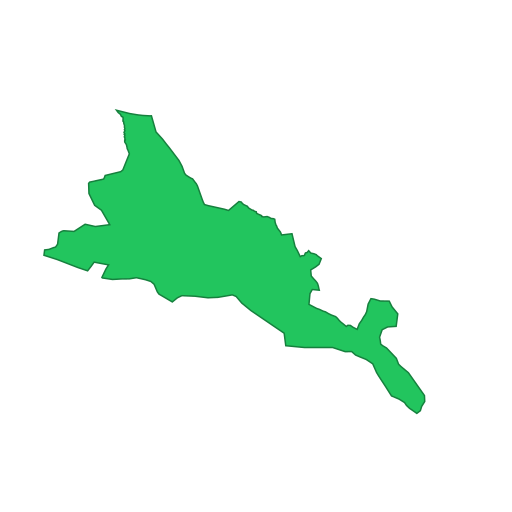 Rimi, Katsina, Nigeria (Equal Earth projection), rotated 107°
{"feature_id": "59680162B87154562016330", "entity_name": "Rimi", "entity_type": "district", "adm_level": 2, "iso_a3": "NGA", "parent_name": "Nigeria", "parent_adm1": "Katsina", "projection": "equal_earth", "projection_center": [7.703, 12.89], "detail": "fine", "context": "isolated", "style": "filled", "palette": "green", "viewbox_px": 512, "rotation_deg": 107, "n_neighbors": 0, "source": "geoboundaries", "source_scale": "gbopen_adm2", "svg_char_len": 3263}
<svg xmlns="http://www.w3.org/2000/svg" viewBox="0 0 512 512"><g transform="rotate(107 256 256)"><path d="M157.4,432.0L159.1,429.7L160.2,427.0L161.7,425.7L162.0,425.0L161.9,424.4L162.2,423.8L163.4,423.3L164.6,423.0L165.0,422.7L165.8,422.8L166.5,421.7L167.2,421.5L168.2,421.0L169.6,419.9L170.5,419.7L171.5,419.4L172.3,418.7L173.1,418.6L173.7,418.8L174.6,417.9L175.3,418.1L176.3,418.4L177.0,417.9L177.4,417.2L177.9,417.1L178.3,417.5L179.1,416.6L180.2,416.6L180.6,416.8L181.0,416.3L181.3,415.8L182.1,415.7L182.6,415.7L183.1,415.0L183.8,415.3L184.1,415.0L184.5,415.2L185.4,414.8L187.4,412.5L188.8,411.7L190.0,411.0L191.1,410.5L192.3,409.3L195.3,407.0L212.7,408.5L214.9,410.0L223.1,423.8L225.2,423.9L227.0,424.2L234.0,436.7L235.5,437.3L245.1,434.0L254.7,425.1L257.4,417.2L268.8,405.0L274.8,418.3L275.6,428.7L285.7,437.2L288.0,447.0L288.4,447.9L289.5,449.3L291.6,451.1L302.7,449.2L306.1,450.3L307.2,452.1L310.2,455.9L312.0,459.9L317.3,459.0L317.5,444.9L319.1,423.1L319.4,412.7L314.2,410.7L309.2,409.0L307.6,394.4L312.3,395.7L321.6,397.1L321.9,396.5L320.4,386.4L317.3,378.0L314.9,370.5L311.7,364.0L311.0,354.7L311.1,349.1L312.8,345.2L319.1,339.9L320.8,337.7L324.4,322.6L318.9,318.9L315.6,315.3L312.3,302.6L310.0,289.7L308.6,285.8L306.7,280.4L302.8,272.6L300.1,267.3L300.5,263.1L305.2,255.8L309.7,244.8L318.9,215.2L321.6,206.5L333.1,201.3L329.3,182.7L327.9,178.2L321.1,156.0L321.4,142.7L319.4,136.6L321.6,131.8L322.1,127.3L322.7,120.4L325.0,112.8L332.2,106.6L334.7,103.8L337.4,100.6L342.8,94.1L350.2,85.5L351.0,77.5L352.7,71.1L354.9,68.4L356.8,64.6L358.2,60.1L359.5,56.2L355.9,53.6L351.4,53.6L345.8,52.1L340.2,54.1L323.1,76.1L319.3,85.1L317.8,88.0L312.8,91.9L305.8,104.3L304.8,108.5L303.8,111.0L301.3,112.1L299.7,112.9L297.5,114.1L289.6,113.8L285.3,109.3L282.3,101.4L269.9,103.5L264.8,111.1L260.2,115.4L262.7,124.0L262.7,130.2L263.0,132.5L263.2,133.6L269.2,134.7L276.8,133.9L279.9,134.3L283.1,135.3L286.7,136.1L290.6,137.4L296.6,137.8L295.8,142.4L294.8,145.4L295.4,147.9L297.0,149.1L295.4,152.9L294.4,155.5L293.2,157.8L292.7,158.5L291.6,160.2L290.7,162.1L290.4,166.7L289.9,169.9L289.1,173.2L289.1,175.8L288.5,179.7L288.4,182.7L286.8,191.2L276.2,193.4L271.6,192.4L270.2,185.5L268.9,186.3L266.7,187.5L265.5,188.3L264.6,188.9L263.8,189.7L263.1,190.7L262.2,192.0L261.2,193.8L259.0,197.3L254.2,199.3L253.3,199.6L249.0,195.8L245.5,193.3L239.4,192.8L237.7,197.8L237.1,198.7L237.0,200.3L236.9,201.2L237.1,203.5L237.2,204.4L235.5,207.2L237.7,208.1L238.6,209.6L239.8,209.8L241.0,209.8L241.6,210.2L242.3,212.2L243.7,213.5L238.8,218.0L235.6,221.4L224.2,228.1L228.4,237.7L226.0,239.6L223.0,243.8L221.1,245.2L220.6,245.9L218.3,247.5L215.4,248.8L215.2,250.1L215.7,252.8L215.2,254.3L215.0,256.9L216.4,260.0L216.6,262.1L215.8,262.4L215.1,267.8L213.6,268.7L213.7,270.5L213.1,271.8L213.2,273.3L212.9,274.6L212.2,277.2L210.9,278.9L210.9,279.5L210.4,282.9L209.6,284.6L208.7,285.9L208.9,288.2L220.5,295.6L220.5,299.9L221.1,307.6L221.8,316.3L221.9,320.3L219.9,322.2L217.6,324.0L206.1,332.5L204.3,334.3L203.6,335.4L200.8,339.2L200.6,340.9L200.3,342.3L199.9,343.8L199.1,346.6L197.8,348.5L191.9,352.9L187.2,357.6L177.8,370.6L174.9,374.9L171.6,379.5L166.6,387.9L152.5,397.0L153.0,398.4L154.7,405.4L155.6,410.2L156.7,418.4L157.4,432.0Z" fill="#22c55e" stroke="#15803d" stroke-width="1.5"/></g></svg>